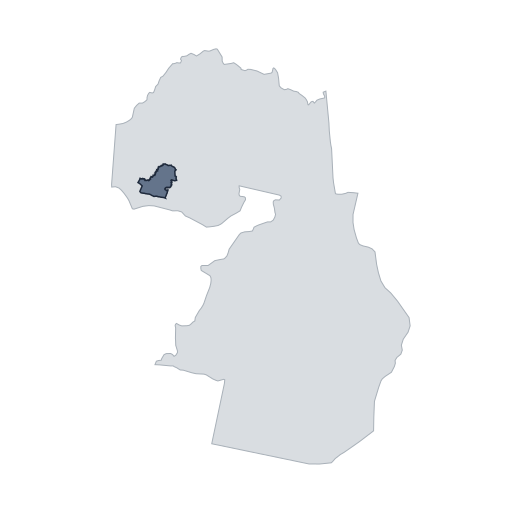 Kawambwa, Luapula, Zambia (highlighted), rotated 283°
{"feature_id": "96606910B68487362337591", "entity_name": "Kawambwa", "entity_type": "district", "adm_level": 2, "iso_a3": "ZMB", "parent_name": "Zambia", "parent_adm1": "Luapula", "projection": "albers", "projection_center": [29.568, -9.766], "detail": "fine", "context": "in_parent", "style": "filled", "palette": "slate", "viewbox_px": 512, "rotation_deg": 283, "n_neighbors": 0, "source": "geoboundaries", "source_scale": "gbopen_adm2", "svg_char_len": 8270}
<svg xmlns="http://www.w3.org/2000/svg" viewBox="0 0 512 512"><g transform="rotate(283 256 256)"><path d="M340.1,341.2L318.3,341.2L310.4,343.0L303.9,345.6L296.2,349.8L291.7,352.8L290.5,354.4L289.9,357.9L289.9,363.4L289.1,367.4L286.8,371.0L275.0,375.4L267.3,379.0L259.8,383.3L254.1,388.8L250.3,395.6L243.9,404.0L230.4,419.0L222.6,421.9L216.0,421.3L208.1,418.2L201.8,417.7L197.2,419.7L192.9,419.2L188.9,416.1L185.5,415.0L182.9,415.9L179.5,415.7L173.2,414.1L167.7,408.9L164.7,406.7L162.5,405.9L156.0,405.1L141.1,404.1L125.7,407.0L112.1,409.9L98.1,398.3L84.5,386.0L81.6,382.9L76.5,378.8L72.8,376.8L71.4,375.8L67.6,364.7L65.3,354.4L63.1,255.1L124.5,253.9L128.4,253.4L128.6,252.3L125.7,247.0L125.8,245.2L126.5,241.5L129.0,234.3L129.2,231.9L127.8,224.0L127.8,219.7L128.4,210.8L127.9,207.8L129.3,203.8L129.8,201.1L130.3,200.0L129.6,196.9L128.2,186.4L127.4,182.0L131.1,182.6L132.3,184.7L133.1,187.1L134.8,187.2L139.2,188.6L140.7,190.5L141.8,194.7L141.2,196.9L139.8,198.7L141.3,200.2L144.2,201.2L145.9,200.8L150.9,197.9L155.4,196.7L157.7,196.0L167.9,193.9L169.9,192.9L171.3,192.9L172.4,193.7L171.5,196.7L171.2,199.4L172.5,204.3L173.5,206.7L175.7,208.4L177.2,209.2L178.9,211.0L182.5,210.7L190.3,213.1L192.7,214.3L196.0,215.4L198.3,215.9L206.4,216.7L214.9,218.0L219.3,218.1L222.4,217.7L224.6,217.0L225.9,216.1L226.5,215.4L229.6,205.9L231.3,205.1L233.4,204.6L234.6,205.5L236.0,211.5L242.2,216.9L244.3,221.4L245.9,225.3L247.2,226.4L249.6,227.7L253.3,228.2L256.6,228.3L273.1,234.9L275.0,236.1L277.0,239.6L278.2,243.6L279.5,246.8L281.7,247.4L283.6,247.6L285.5,249.8L286.9,251.7L291.8,259.5L292.5,262.6L294.8,264.7L298.1,265.6L301.0,265.7L302.7,264.7L306.9,263.1L310.2,261.3L312.6,260.6L314.0,261.0L315.1,262.3L315.8,266.2L318.2,267.5L319.9,267.0L320.5,265.5L320.6,264.7L320.6,223.8L319.1,224.1L317.2,225.2L312.8,225.4L311.1,226.2L310.6,227.5L310.9,229.2L311.0,231.5L310.3,232.6L308.4,233.1L305.7,232.2L300.6,231.0L296.4,230.3L293.4,227.2L289.4,222.6L286.7,220.3L280.2,215.5L279.1,214.5L277.2,212.2L275.5,208.4L273.9,204.0L273.0,201.2L274.5,196.8L278.3,182.6L279.1,178.2L282.2,173.7L282.5,169.6L281.2,164.5L281.5,161.6L281.9,145.4L281.0,140.2L278.9,134.5L274.2,126.6L274.2,124.9L281.3,119.8L283.5,117.8L287.2,113.6L289.8,110.1L291.4,107.2L291.9,103.5L290.7,99.9L293.2,99.2L352.6,90.1L353.5,92.6L355.2,96.6L357.3,99.6L359.8,102.2L362.0,103.8L363.4,104.3L372.6,104.2L375.9,105.8L378.7,107.8L379.4,110.9L381.3,112.9L383.3,114.4L384.2,114.6L385.7,114.2L388.1,114.2L390.4,114.9L391.5,115.6L391.5,118.2L392.2,119.4L395.3,119.9L398.5,120.1L401.5,121.9L404.8,122.2L408.6,123.0L410.3,124.9L414.4,126.9L419.3,128.7L424.7,131.6L424.8,132.5L425.7,134.2L426.6,135.4L426.7,137.2L427.1,138.9L428.5,139.3L429.7,139.4L430.8,138.2L432.2,138.3L433.8,139.1L434.3,141.0L435.5,143.6L437.5,145.4L438.9,147.1L438.4,150.2L437.5,153.0L440.2,155.8L443.7,158.5L444.6,159.7L444.9,163.7L445.4,165.0L447.8,168.3L448.9,170.5L448.8,171.8L442.3,178.2L438.3,179.2L436.6,180.5L435.5,181.9L438.0,188.4L439.3,190.8L438.2,193.9L435.6,199.1L434.4,199.5L434.1,203.5L434.9,204.9L436.1,206.1L436.6,208.8L436.5,215.4L434.8,223.0L437.6,229.6L438.6,230.4L442.6,230.4L443.3,231.0L442.3,232.9L439.4,235.8L434.3,238.0L427.0,240.4L425.4,242.7L424.4,246.2L425.2,248.2L426.2,249.4L425.8,252.5L425.1,255.6L425.3,258.2L425.0,260.4L424.0,261.5L422.7,264.8L421.1,268.2L419.8,269.7L418.0,271.3L415.1,272.6L415.1,273.3L418.4,274.9L419.2,275.9L419.5,276.7L418.1,278.4L419.6,279.4L421.5,280.3L423.2,282.6L425.2,286.8L425.5,287.2L426.1,287.3L427.2,286.9L429.2,285.2L430.7,284.6L432.4,287.0L401.8,297.2L394.6,299.2L383.9,302.8L380.4,304.2L377.6,305.5L349.3,313.5L344.8,315.1L334.8,319.3L334.5,319.9L334.6,321.8L335.5,325.7L337.2,329.3L338.7,331.3L339.6,336.6L340.1,341.2Z" fill="#d9dde1" stroke="#a8b0b8" stroke-width="1"/><path d="M311.9,161.7L312.0,161.7L312.2,161.3L312.6,161.2L312.9,161.0L313.1,161.0L313.7,160.6L314.2,160.6L314.5,160.5L315.2,160.6L315.4,160.4L315.7,159.8L315.7,159.6L315.7,159.2L320.0,157.9L320.3,157.8L320.6,157.9L321.0,158.2L321.2,158.3L321.4,158.2L321.5,158.3L321.5,158.5L322.0,158.7L322.1,158.3L322.4,157.9L322.6,157.7L322.8,157.7L323.5,157.2L324.0,156.5L324.1,156.1L324.3,155.8L324.2,155.4L324.4,154.9L324.8,153.5L325.2,152.9L325.2,152.7L325.3,152.7L325.1,152.3L324.9,151.5L324.8,151.3L324.8,151.2L324.7,151.0L324.6,150.6L324.4,150.4L324.4,150.2L324.5,150.2L324.4,150.0L324.5,149.6L324.6,149.3L324.7,149.2L324.8,149.0L324.9,148.8L324.9,148.5L324.9,148.4L324.9,147.8L325.0,147.4L325.3,147.1L325.3,146.8L325.1,146.3L325.1,146.2L324.9,145.9L324.9,145.3L324.7,145.1L324.4,145.1L324.5,144.9L324.4,144.9L324.2,144.8L323.9,144.7L323.7,144.8L323.4,144.6L323.2,144.6L323.0,144.3L322.8,144.2L322.7,144.0L322.8,144.0L322.9,143.8L323.1,143.7L322.9,143.3L322.7,143.3L322.5,143.2L322.3,143.3L322.2,143.0L322.2,142.9L321.9,142.7L321.7,142.6L321.7,142.4L321.5,142.2L321.3,142.1L321.4,141.9L321.3,141.7L321.2,141.6L321.3,141.3L321.0,141.1L320.9,140.9L320.7,140.9L320.7,141.0L320.6,140.9L320.5,141.0L320.4,141.0L320.2,141.0L319.9,141.0L319.7,140.9L319.6,141.0L319.3,141.1L319.2,141.1L318.9,141.2L318.7,141.2L318.5,140.9L318.4,140.9L318.3,140.6L318.5,140.5L318.4,140.4L318.2,140.4L318.1,140.5L318.0,140.4L317.9,140.5L317.7,140.6L317.7,140.4L317.6,140.5L317.5,140.3L317.3,140.3L317.2,140.3L317.2,140.2L317.0,140.3L316.9,140.2L316.8,140.3L316.8,140.2L316.6,140.1L316.5,139.9L316.4,140.0L316.3,139.9L316.0,139.7L315.9,139.6L315.7,139.8L315.6,139.7L315.6,139.8L315.5,139.6L315.2,139.7L314.9,139.6L314.7,139.6L314.5,139.3L314.4,139.2L314.4,139.3L314.2,139.3L314.0,139.5L313.8,139.5L313.9,139.4L313.7,139.4L313.3,139.5L312.8,139.0L312.5,138.9L312.2,139.0L311.9,139.1L311.9,138.7L311.7,138.6L311.7,138.1L311.6,137.7L311.0,138.0L310.7,137.5L310.3,137.3L310.1,137.3L309.8,137.5L309.7,137.5L309.6,137.4L309.5,137.2L309.7,136.9L309.6,136.3L309.8,136.1L309.8,135.9L309.0,135.9L308.9,135.6L308.3,135.5L307.9,135.3L307.4,135.5L307.4,135.8L307.2,135.9L307.0,135.6L306.9,135.4L306.6,135.3L306.6,135.1L306.3,135.1L306.1,135.2L305.8,135.0L305.8,134.8L305.6,134.7L305.9,134.5L305.9,134.2L305.9,133.9L305.5,133.7L305.6,133.2L305.5,132.9L305.1,132.7L304.9,132.2L305.0,131.8L304.8,131.4L305.0,131.4L305.1,131.2L305.2,130.8L304.9,130.7L305.0,130.3L305.2,130.2L305.3,130.3L305.8,130.4L305.9,130.0L306.1,129.8L306.0,129.6L306.1,129.2L305.7,128.7L305.8,128.3L306.0,128.1L305.7,127.8L305.6,127.4L305.4,127.5L305.3,127.2L305.4,126.9L305.3,126.6L305.6,126.1L305.6,125.5L304.3,125.5L301.0,124.5L300.4,126.4L299.6,127.8L298.7,129.3L295.1,128.7L292.8,128.3L292.1,129.1L291.8,129.5L291.7,129.9L291.7,130.2L291.8,131.9L292.0,133.1L291.9,134.3L292.0,135.3L292.1,137.1L292.3,137.6L292.3,138.3L292.1,139.4L291.6,140.8L291.4,142.0L291.1,142.7L291.2,142.9L291.1,143.3L291.6,144.5L291.9,145.9L292.0,146.0L291.7,147.2L291.7,147.6L292.0,148.0L291.9,148.9L291.9,150.1L292.2,152.6L292.0,154.6L292.3,154.3L294.5,154.8L296.7,155.0L296.8,155.1L297.2,155.2L297.3,155.2L297.5,155.3L298.6,155.1L299.0,155.3L299.5,155.3L299.9,155.4L300.0,155.4L299.8,155.2L300.0,154.9L299.8,154.8L299.8,154.6L300.0,154.5L299.9,154.3L300.2,154.3L300.0,154.0L300.1,153.8L300.0,153.6L300.0,153.2L300.1,152.8L300.2,152.7L300.4,152.3L300.8,152.3L301.0,152.4L301.2,152.2L301.3,152.3L301.3,152.2L301.3,152.3L301.9,152.4L302.0,152.7L302.3,152.8L302.4,153.0L302.5,153.0L302.8,153.5L302.7,153.5L302.6,153.8L302.7,154.0L302.5,154.5L302.6,154.8L302.8,155.0L302.7,155.2L302.8,155.1L303.0,155.2L303.1,155.3L303.1,155.6L303.2,155.8L303.0,156.0L303.2,156.3L303.1,156.5L303.2,156.4L303.2,156.5L303.4,156.7L303.4,156.8L303.5,156.9L303.7,157.0L303.8,157.1L304.0,157.3L304.0,157.5L304.0,157.3L304.3,157.4L304.5,157.4L304.6,157.2L304.8,157.3L304.9,157.2L305.1,157.3L305.2,157.5L305.4,157.7L305.5,157.8L305.9,157.8L305.8,157.7L306.1,157.6L306.3,157.6L306.4,157.4L306.6,157.5L306.8,157.5L307.0,157.6L306.9,157.5L307.1,157.4L307.4,157.4L307.5,157.3L307.7,157.2L307.7,157.3L307.8,157.3L307.8,157.2L308.1,157.1L308.3,157.1L308.5,157.1L308.6,157.3L308.6,157.2L308.7,157.3L308.8,157.3L308.9,157.5L309.2,157.4L309.4,157.3L309.5,157.1L309.8,157.1L310.1,156.8L310.2,156.6L310.3,156.5L310.4,156.4L310.5,156.5L310.7,156.4L310.6,156.2L310.8,156.2L311.0,156.4L311.2,156.5L311.3,156.8L311.2,157.0L311.0,159.8L311.1,160.2L311.3,160.5L311.6,160.7L311.7,161.2L311.9,161.3L311.9,161.7Z" fill="#64748b" stroke="#1e293b" stroke-width="1.5"/></g></svg>